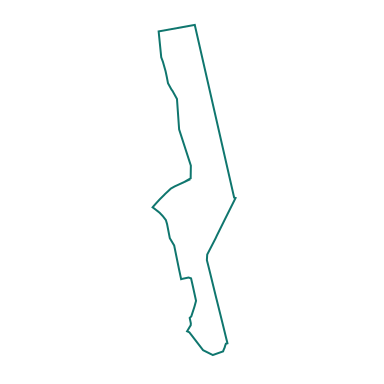 New Cairo-3, Al Qahirah, Egypt (Albers equal-area conic projection), rotated 259°
{"feature_id": "37247803B49811870233448", "entity_name": "New Cairo-3", "entity_type": "district", "adm_level": 2, "iso_a3": "EGY", "parent_name": "Egypt", "parent_adm1": "Al Qahirah", "projection": "albers", "projection_center": [31.48, 29.977], "detail": "fine", "context": "isolated", "style": "outline", "palette": "teal", "viewbox_px": 384, "rotation_deg": 259, "n_neighbors": 0, "source": "geoboundaries", "source_scale": "gbopen_adm2", "svg_char_len": 1002}
<svg xmlns="http://www.w3.org/2000/svg" viewBox="0 0 384 384"><g transform="rotate(259 192 192)"><path d="M36.7,197.9L38.0,197.9L41.1,197.7L57.7,196.9L80.8,195.7L84.4,195.5L109.5,194.3L117.1,193.9L122.3,193.6L127.7,195.0L142.0,206.3L144.5,208.1L159.7,219.7L177.8,233.6L178.5,232.3L355.5,226.6L356.0,189.9L330.1,187.5L325.3,188.3L315.7,189.1L310.2,189.2L303.3,189.2L296.5,191.4L295.1,192.1L286.2,195.0L255.9,191.3L218.1,195.9L205.7,193.3L204.4,189.5L204.2,190.0L200.8,176.1L199.4,171.9L195.4,165.5L194.2,163.8L191.0,159.0L188.2,155.2L185.7,151.9L184.5,150.4L182.5,152.2L177.9,156.2L173.8,158.8L169.4,161.0L165.3,161.4L150.9,161.4L142.9,164.3L119.3,164.5L108.5,164.7L108.6,166.1L108.7,172.3L107.4,174.6L97.7,174.9L84.4,175.2L79.5,172.8L77.8,171.9L70.1,167.6L68.8,165.7L63.3,165.8L61.4,165.3L59.8,163.8L56.2,160.6L54.8,162.6L34.6,172.7L28.0,181.3L29.6,192.1L29.9,192.3L30.3,192.5L31.1,193.0L32.3,193.8L33.1,194.4L34.2,194.9L36.6,196.3L36.7,197.9Z" fill="none" stroke="#0f766e" stroke-width="2"/></g></svg>